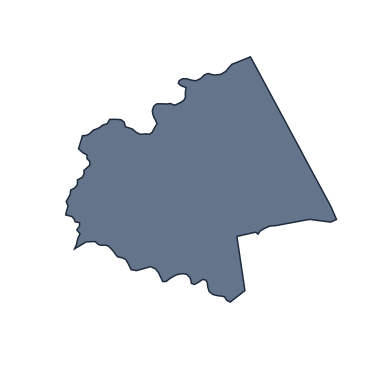 Novo Santo Antônio, Piauí, Brazil (Robinson projection), rotated 53°
{"feature_id": "56859067B59969967736993", "entity_name": "Novo Santo Antônio", "entity_type": "district", "adm_level": 2, "iso_a3": "BRA", "parent_name": "Brazil", "parent_adm1": "Piauí", "projection": "robinson", "projection_center": [-41.944, -5.288], "detail": "fine", "context": "isolated", "style": "filled", "palette": "slate", "viewbox_px": 384, "rotation_deg": 53, "n_neighbors": 0, "source": "geoboundaries", "source_scale": "gbopen_adm2", "svg_char_len": 1923}
<svg xmlns="http://www.w3.org/2000/svg" viewBox="0 0 384 384"><g transform="rotate(53 192 192)"><path d="M166.7,320.0L168.2,306.5L173.2,299.3L177.8,298.3L180.1,296.3L182.0,293.5L184.7,291.3L191.2,290.5L198.9,290.5L203.0,287.0L206.3,285.5L211.0,286.1L217.3,287.4L221.3,283.8L223.6,278.0L226.7,270.0L231.3,267.5L236.3,267.3L241.1,268.3L246.0,269.3L247.9,266.3L247.8,261.7L248.2,258.3L248.6,255.1L249.7,252.0L251.6,248.6L254.5,245.8L258.8,245.1L261.9,246.0L264.6,247.5L267.3,245.8L268.0,241.3L268.2,236.2L270.4,234.1L273.5,234.3L277.6,236.7L281.9,238.2L286.5,237.0L290.9,233.3L293.2,230.8L295.4,229.1L299.2,229.5L302.9,227.8L302.6,209.1L296.8,205.9L254.5,182.9L262.3,165.5L265.4,164.5L264.1,160.9L264.8,155.7L266.0,150.4L269.1,145.6L283.3,117.2L284.8,114.4L299.5,99.4L300.9,93.1L286.6,89.7L230.8,81.2L227.0,80.5L211.1,78.1L132.0,65.9L119.2,64.0L115.2,79.0L114.0,83.4L115.1,88.9L116.0,92.1L115.4,97.9L112.6,103.1L110.2,105.4L107.0,107.8L105.9,111.5L106.6,116.7L105.5,122.0L102.6,124.9L98.0,128.4L95.8,131.6L95.4,135.2L97.1,137.6L100.7,136.7L105.0,133.9L108.8,137.7L112.4,140.2L113.9,143.6L113.6,147.4L112.3,153.6L108.2,156.1L106.6,159.1L103.8,162.5L100.4,167.1L100.5,170.9L103.1,174.7L106.1,176.4L109.5,177.5L112.3,177.8L116.6,179.0L118.0,182.9L120.4,187.9L120.2,191.3L117.7,194.0L114.8,198.6L110.4,200.8L106.1,201.6L103.4,203.3L99.9,205.9L95.3,204.1L91.4,205.3L87.7,209.6L84.5,214.1L86.4,218.6L84.8,223.1L84.9,227.0L84.3,230.1L83.2,233.5L83.8,239.3L83.1,242.5L81.1,245.6L83.9,249.3L86.5,252.9L89.2,256.6L94.7,255.6L99.4,253.5L102.0,255.8L105.8,255.3L108.9,257.1L109.6,262.3L109.7,265.3L112.4,267.1L114.3,270.9L113.3,276.1L117.2,279.2L118.2,283.5L117.4,287.7L120.7,290.9L122.0,293.7L123.8,298.1L128.8,299.6L131.7,303.7L134.3,306.7L139.1,302.8L142.9,302.4L145.5,303.3L148.9,300.2L151.6,302.5L153.0,306.9L157.9,306.5L159.6,309.8L161.5,312.6L164.2,315.5L166.7,320.0Z" fill="#64748b" stroke="#1e293b" stroke-width="1.5"/></g></svg>